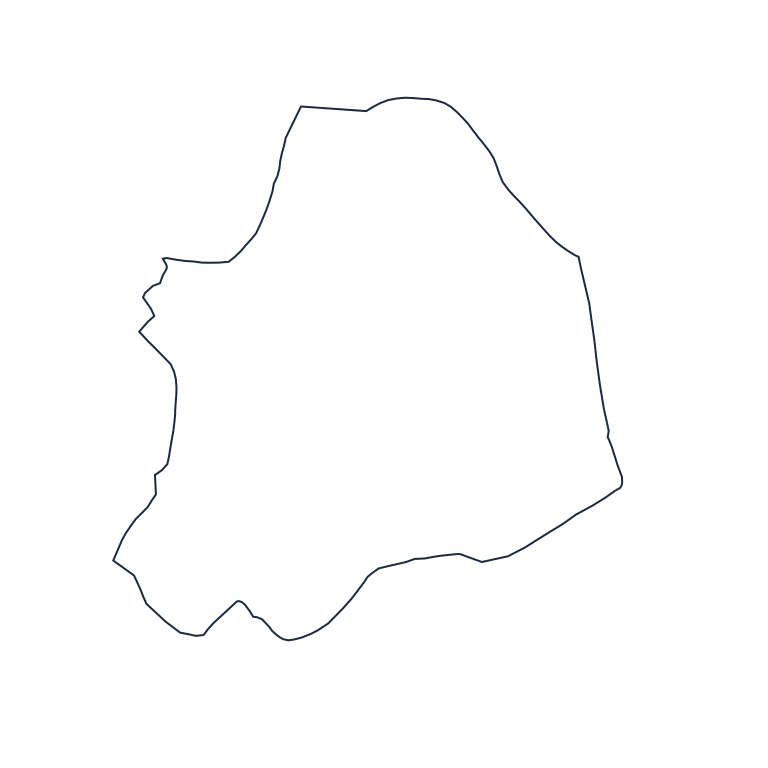 Mabyan, Hajjah, Yemen, rotated 13°
{"feature_id": "15242507B90557781353206", "entity_name": "Mabyan", "entity_type": "district", "adm_level": 2, "iso_a3": "YEM", "parent_name": "Yemen", "parent_adm1": "Hajjah", "projection": "albers", "projection_center": [43.541, 15.755], "detail": "fine", "context": "isolated", "style": "outline", "palette": "slate", "viewbox_px": 768, "rotation_deg": 13, "n_neighbors": 0, "source": "geoboundaries", "source_scale": "gbopen_adm2", "svg_char_len": 2630}
<svg xmlns="http://www.w3.org/2000/svg" viewBox="0 0 768 768"><g transform="rotate(13 384 384)"><path d="M187.2,459.8L188.3,467.7L189.3,477.2L189.7,486.1L189.9,488.9L190.2,494.2L190.8,502.5L190.9,510.9L186.9,518.0L181.3,524.2L186.6,542.9L186.0,544.4L183.9,549.8L181.4,557.1L177.0,564.3L172.6,571.2L169.1,579.5L166.1,587.1L163.8,595.1L159.9,616.9L183.5,626.8L188.1,632.7L192.9,639.0L197.3,645.4L201.9,651.6L224.7,664.7L241.3,672.1L241.6,672.1L249.6,671.8L257.4,671.7L264.6,669.2L267.7,662.4L271.4,655.7L271.5,655.5L289.7,628.8L291.7,628.2L294.5,628.4L298.4,630.5L303.1,634.5L304.3,635.5L308.9,640.2L312.8,639.8L318.0,640.6L322.7,643.7L327.1,646.6L330.5,649.7L335.5,652.5L339.1,654.1L343.1,655.3L348.3,655.3L353.4,653.4L361.0,649.5L369.0,643.9L374.9,638.9L376.1,637.6L383.5,629.9L388.6,621.5L394.8,611.3L400.7,600.5L405.0,591.0L409.6,580.5L411.4,575.6L414.8,571.1L420.3,564.9L426.6,561.7L433.6,558.3L439.0,555.7L445.7,552.4L453.3,547.5L455.6,546.9L463.3,544.7L467.6,542.8L471.1,541.3L478.1,538.5L485.9,535.8L493.3,533.3L496.4,532.6L503.4,533.5L519.4,535.4L543.5,524.0L558.2,511.5L574.0,495.6L574.2,495.4L582.1,487.6L589.5,480.4L600.8,467.7L606.6,462.6L614.3,455.8L625.4,444.8L633.1,436.1L637.5,432.1L638.2,429.6L638.3,429.2L638.3,426.6L636.7,420.9L630.1,411.0L620.1,394.0L614.9,386.5L613.9,385.6L613.7,381.2L613.3,378.6L604.0,359.1L594.5,336.1L586.4,314.7L584.8,310.2L584.7,310.0L580.8,298.8L579.4,294.8L572.2,276.1L565.8,259.2L549.5,226.2L545.0,216.3L540.8,215.5L533.0,212.8L526.0,210.0L519.2,206.7L512.2,202.4L505.7,197.9L499.6,193.6L493.6,189.3L487.2,184.5L481.2,180.1L474.2,175.3L467.8,171.2L461.3,166.6L454.2,160.5L449.1,153.4L445.1,146.8L440.0,139.3L434.1,133.4L427.1,127.6L421.1,123.0L414.0,117.2L407.2,111.4L400.8,107.0L393.9,102.6L386.6,98.8L379.5,96.6L378.2,96.5L371.1,95.9L363.5,96.3L356.2,97.7L348.3,98.8L340.2,100.3L332.5,102.8L324.0,106.5L317.2,111.1L310.7,116.7L305.3,122.1L240.7,132.3L232.9,166.2L233.0,174.2L232.6,181.6L232.7,189.7L233.6,197.6L233.4,205.3L231.6,213.7L232.0,221.3L231.3,231.1L230.3,240.0L229.0,248.1L227.5,256.3L225.5,265.8L222.2,272.6L218.4,279.3L217.3,281.4L214.9,286.2L210.0,293.8L205.1,299.9L195.7,302.9L188.1,304.8L179.3,306.7L171.5,307.4L162.8,308.8L155.4,309.5L149.2,309.9L143.9,310.1L140.4,311.7L144.6,316.3L145.8,317.9L146.3,320.2L145.4,323.8L144.0,328.1L143.4,333.3L143.1,336.2L136.8,340.3L130.7,349.1L129.7,353.8L140.1,363.2L144.9,369.4L139.9,376.5L133.7,388.1L143.4,394.7L150.3,399.0L157.6,403.6L165.1,408.4L171.8,412.8L176.6,419.2L180.0,425.8L182.4,433.4L183.4,437.9L184.1,441.5L185.0,447.5L185.4,450.2L186.8,458.5L187.2,459.8Z" fill="none" stroke="#1e293b" stroke-width="2"/></g></svg>